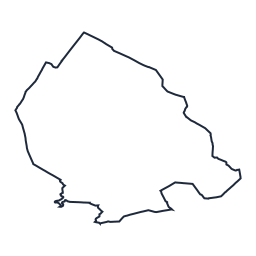 Silajāņu pag., Riebinu, Latvia (Natural Earth projection)
{"feature_id": "27541924B19288129652023", "entity_name": "Silajāņu pag.", "entity_type": "district", "adm_level": 2, "iso_a3": "LVA", "parent_name": "Latvia", "parent_adm1": "Riebinu", "projection": "natural_earth1", "projection_center": [26.904, 56.358], "detail": "fine", "context": "isolated", "style": "outline", "palette": "slate", "viewbox_px": 256, "rotation_deg": 0, "n_neighbors": 0, "source": "geoboundaries", "source_scale": "gbopen_adm2", "svg_char_len": 5452}
<svg xmlns="http://www.w3.org/2000/svg" viewBox="0 0 256 256"><path d="M101.5,41.0L101.3,41.0L98.8,39.6L92.2,36.4L90.3,35.5L87.9,34.3L86.4,33.6L84.0,32.5L83.2,33.3L81.8,35.1L79.8,37.8L73.7,45.5L70.1,50.1L68.8,51.8L64.2,57.8L61.8,60.7L62.0,60.8L60.9,62.3L60.1,63.4L58.9,65.1L57.4,67.3L57.2,67.3L55.7,67.6L53.3,66.8L52.2,65.3L51.4,64.1L49.8,63.4L49.2,63.1L48.2,62.9L46.0,62.4L45.8,62.7L45.3,63.6L42.8,68.0L42.5,68.5L41.9,69.9L41.1,71.2L40.2,72.8L39.5,74.1L37.9,76.9L37.2,78.7L36.9,78.8L35.4,81.3L34.8,82.0L34.0,82.7L33.7,83.1L32.7,84.2L32.0,85.0L31.2,85.8L29.1,88.1L26.7,90.3L26.1,91.3L25.6,91.7L25.5,92.5L24.5,95.1L23.8,97.3L22.9,99.4L22.4,100.0L19.9,103.9L19.2,104.4L19.0,104.9L18.9,105.0L17.3,106.8L17.1,107.1L17.1,107.7L15.4,110.3L16.6,112.8L17.6,115.5L18.0,116.7L18.8,118.9L19.7,120.5L21.1,122.8L22.2,124.7L22.8,127.1L22.9,127.5L24.7,133.8L24.7,134.0L25.5,138.0L25.7,140.4L26.7,146.1L26.9,148.0L27.8,151.3L27.9,151.5L28.7,153.3L29.1,154.3L29.2,154.5L30.3,157.0L32.5,162.0L33.0,163.1L33.3,164.1L36.0,165.6L37.0,166.2L39.7,167.8L41.6,168.9L43.8,170.2L44.8,170.7L46.4,171.7L48.6,173.0L51.3,174.5L52.1,174.9L54.7,176.4L55.6,176.9L56.2,177.3L58.5,178.6L59.0,178.9L59.6,179.3L60.5,179.7L60.6,179.8L60.3,180.0L60.0,180.3L59.9,180.6L60.1,181.3L60.3,181.7L60.7,182.0L61.2,182.4L61.9,182.8L62.3,183.1L62.5,183.2L62.7,183.6L62.9,184.1L63.0,184.2L63.4,184.7L64.0,185.1L64.9,185.6L62.8,187.6L62.4,188.0L62.3,188.6L62.4,189.7L62.8,192.1L62.8,192.4L62.7,192.6L62.7,192.8L62.4,192.8L62.1,193.0L61.8,193.3L61.3,193.6L60.8,193.9L60.6,194.0L60.4,194.2L60.4,194.3L60.5,194.8L61.1,195.3L61.2,195.6L61.2,195.9L61.6,196.2L61.7,196.3L62.1,196.4L62.5,196.5L62.8,196.6L63.1,196.7L63.2,196.8L63.3,197.0L63.3,197.3L63.2,197.6L62.9,197.9L62.4,198.3L62.0,198.7L60.8,199.5L60.3,199.7L59.9,199.9L59.4,200.3L59.0,200.5L58.5,200.6L58.0,200.7L57.5,200.7L57.0,200.8L56.3,200.9L55.9,201.0L55.7,201.1L55.3,201.3L55.1,201.4L54.9,201.6L54.8,201.8L54.8,202.1L55.0,202.4L55.2,202.5L55.7,202.5L56.2,202.5L56.7,202.4L57.2,202.5L57.6,202.6L58.2,202.9L58.7,203.2L59.2,203.6L59.5,203.9L60.0,204.4L60.4,204.9L60.5,205.0L60.7,205.4L60.9,205.7L61.0,205.8L60.9,206.0L60.6,206.3L60.2,206.4L60.1,206.5L59.8,206.7L60.8,206.8L61.2,206.8L61.9,206.4L62.7,206.1L62.8,205.9L63.1,205.3L63.2,204.8L63.2,204.3L63.1,204.1L62.9,204.0L62.5,203.8L62.2,203.6L62.0,203.3L62.0,202.9L62.1,202.5L62.3,202.2L62.6,202.0L63.2,201.8L64.0,201.6L64.6,201.5L64.7,201.4L64.7,201.1L64.8,200.7L64.9,200.4L65.0,200.2L65.4,200.1L65.7,200.2L66.2,200.3L66.5,200.5L66.8,200.7L66.9,200.8L67.2,201.0L67.6,201.3L67.9,201.4L68.0,201.4L68.5,201.5L68.8,201.5L69.3,201.8L70.4,201.9L73.0,202.0L78.4,202.2L80.5,202.3L82.1,202.4L83.3,202.5L83.8,202.5L89.0,202.7L88.9,202.8L91.3,204.0L95.4,205.6L95.6,205.6L98.2,205.4L98.0,205.8L97.9,207.2L98.2,207.9L100.0,209.5L100.9,210.5L102.4,211.7L101.6,212.5L100.6,213.6L99.4,214.3L99.5,216.3L99.4,216.5L96.6,218.1L95.9,218.7L95.6,219.3L96.1,221.0L95.2,221.6L94.9,221.9L95.9,222.2L97.7,222.5L98.6,222.6L98.9,222.7L99.1,222.7L99.3,222.9L99.4,223.1L99.6,223.2L99.8,223.4L99.9,223.5L99.9,223.4L106.3,222.0L107.0,221.8L108.1,221.4L110.3,221.9L112.2,221.8L114.2,221.7L119.3,221.5L121.7,218.7L123.8,216.5L126.1,215.8L126.9,215.7L130.0,214.7L133.3,213.9L141.0,211.9L143.4,211.4L148.4,210.2L154.6,211.9L156.3,212.1L161.2,211.2L162.6,210.9L167.7,210.1L171.6,209.4L172.0,209.5L171.2,208.7L169.7,207.7L168.9,207.1L168.6,206.7L168.4,206.4L168.1,205.6L167.1,203.2L167.0,202.9L167.2,202.2L166.9,201.9L166.6,201.7L165.9,201.5L165.6,201.3L165.5,201.1L163.6,197.3L163.1,196.4L162.7,195.6L162.0,194.3L161.5,193.3L161.3,192.1L161.2,191.7L161.0,191.3L160.5,190.8L161.8,190.0L168.1,186.6L169.2,186.0L171.5,184.6L175.2,182.4L175.8,182.5L178.1,182.7L181.0,182.9L183.7,183.2L184.1,183.2L189.0,183.6L192.6,183.9L194.3,186.2L195.7,188.1L197.1,190.0L198.7,192.3L200.1,194.2L200.3,194.4L201.6,194.8L202.4,195.7L202.6,196.0L203.7,197.5L204.4,198.3L208.5,198.6L208.7,198.3L209.4,198.2L213.9,197.6L216.3,197.3L221.1,196.3L222.7,194.8L225.2,192.2L225.7,192.0L227.2,190.5L230.0,188.1L230.4,187.7L233.3,185.2L235.7,182.8L237.4,181.4L240.6,178.4L240.4,176.1L240.3,175.9L240.0,174.0L239.3,170.1L239.2,169.6L237.7,169.9L237.0,169.9L236.9,170.0L236.6,170.3L236.3,170.4L235.5,170.5L235.4,170.5L235.1,170.4L234.4,170.1L232.0,169.1L231.4,168.7L229.5,166.6L228.4,165.5L226.7,164.7L226.4,164.5L226.4,164.4L226.4,163.3L226.4,162.6L226.3,162.3L225.6,161.7L223.2,160.8L220.4,159.6L218.7,159.0L218.3,158.8L217.0,157.5L216.1,157.6L215.0,157.6L214.6,157.7L214.4,157.6L213.8,157.1L213.7,157.0L212.4,156.0L212.6,151.8L212.8,149.7L213.0,146.1L212.8,145.4L212.6,144.5L212.5,143.1L211.7,141.3L211.2,138.2L211.2,137.9L210.9,136.7L210.7,135.7L210.5,135.4L210.7,134.9L210.7,134.2L210.5,133.2L207.7,130.6L205.2,128.2L199.1,124.7L196.6,123.4L194.9,122.3L194.3,122.0L190.9,120.4L186.5,116.9L186.3,117.0L184.7,114.5L183.7,112.8L183.9,112.3L184.1,111.7L184.6,111.0L185.3,108.8L186.9,106.5L187.1,106.5L187.2,105.7L186.3,103.2L186.2,102.7L185.9,101.9L185.7,101.5L185.3,100.5L184.3,97.8L184.1,97.0L183.9,97.0L183.1,96.8L182.3,96.6L180.1,96.0L178.8,95.6L178.0,95.4L177.8,95.3L176.4,94.9L175.9,94.8L173.5,93.9L167.5,91.5L166.7,90.7L164.9,88.8L163.6,87.3L162.5,86.3L162.4,86.1L162.4,85.9L162.4,85.3L162.4,84.4L162.5,83.3L162.7,79.5L155.9,70.0L148.8,67.0L148.4,67.1L144.8,65.7L143.2,65.0L139.3,63.1L134.5,60.4L128.7,57.3L126.1,56.2L125.7,56.0L119.7,53.3L113.9,50.8L113.8,50.6L112.3,49.0L112.1,47.6L106.3,44.2L101.5,41.0Z" fill="none" stroke="#1e293b" stroke-width="2"/></svg>